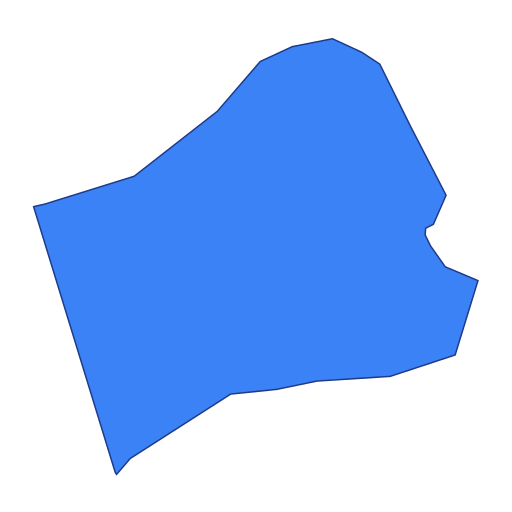 Šentjernej, Robinson projection, rotated 89°
{"feature_id": "SVN-987", "entity_name": "Šentjernej", "entity_type": "Municipality", "adm_level": 1, "iso_a3": "SVN", "parent_name": "Slovenia", "parent_adm1": "", "projection": "robinson", "projection_center": [15.351, 45.818], "detail": "fine", "context": "isolated", "style": "filled", "palette": "blue", "viewbox_px": 512, "rotation_deg": 89, "n_neighbors": 0, "source": "natural_earth", "source_scale": "10m", "svg_char_len": 504}
<svg xmlns="http://www.w3.org/2000/svg" viewBox="0 0 512 512"><g transform="rotate(89 256 256)"><path d="M471.9,399.2L470.0,400.5L202.8,477.5L202.5,476.3L200.7,467.7L200.7,467.3L174.1,376.4L110.7,292.2L61.6,248.4L47.3,216.1L40.1,175.8L54.1,146.8L66.3,128.9L128.5,99.5L198.6,64.9L227.4,78.1L231.2,85.9L237.9,86.5L249.0,81.3L270.1,67.0L284.5,34.5L358.4,58.6L378.7,124.0L382.1,197.3L389.7,237.6L393.6,283.7L456.2,385.2L470.9,398.3L471.9,399.2Z" fill="#3b82f6" stroke="#1e3a8a" stroke-width="1.5"/></g></svg>